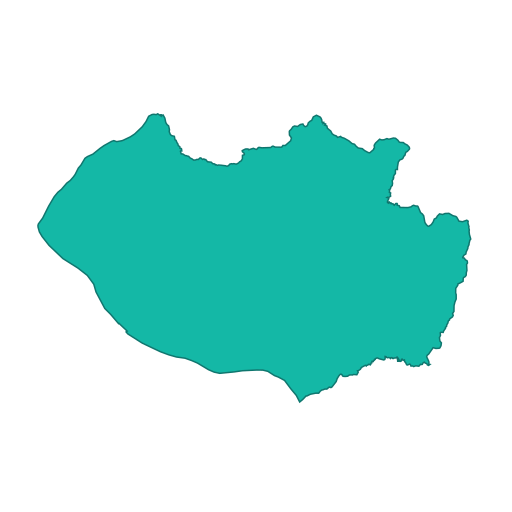 outline of El Guamo, Bolívar, Colombia, rotated 176°
{"feature_id": "7082276B46514766114019", "entity_name": "El Guamo", "entity_type": "district", "adm_level": 2, "iso_a3": "COL", "parent_name": "Colombia", "parent_adm1": "Bolívar", "projection": "albers", "projection_center": [-74.975, 10.036], "detail": "fine", "context": "isolated", "style": "filled", "palette": "teal", "viewbox_px": 512, "rotation_deg": 176, "n_neighbors": 0, "source": "geoboundaries", "source_scale": "gbopen_adm2", "svg_char_len": 6052}
<svg xmlns="http://www.w3.org/2000/svg" viewBox="0 0 512 512"><g transform="rotate(176 256 256)"><path d="M90.1,135.7L91.2,136.0L90.9,137.9L91.1,139.1L92.8,143.5L92.2,145.0L90.6,146.1L85.7,152.2L83.0,151.2L79.7,151.2L79.0,151.5L77.7,153.6L77.1,156.4L78.5,158.4L78.7,161.8L77.5,163.9L77.6,166.5L76.9,167.0L74.6,166.7L74.0,168.2L72.0,170.6L72.0,171.6L70.8,172.5L70.5,174.1L69.3,175.7L68.7,177.8L67.5,178.6L67.2,179.7L64.3,181.5L63.4,183.0L63.9,184.9L62.4,186.9L61.9,192.7L60.7,196.4L59.3,199.1L59.0,203.5L59.4,205.2L59.0,209.8L56.8,212.7L56.3,214.3L55.1,214.5L51.2,216.3L50.8,219.4L50.4,220.0L48.6,220.9L47.6,222.3L47.4,224.6L46.6,226.9L46.5,232.9L45.5,234.3L45.6,236.0L45.9,236.7L47.3,237.5L48.4,239.4L49.8,239.8L49.9,240.3L48.5,242.3L46.5,243.4L46.1,245.3L44.2,248.7L43.9,250.4L42.7,252.4L42.7,253.2L41.6,256.7L40.6,257.9L41.6,262.6L41.7,265.8L41.4,267.1L41.8,269.6L41.5,270.3L42.3,274.1L41.9,275.9L43.2,277.0L47.6,275.8L51.1,276.6L53.0,280.6L53.9,281.5L56.8,282.5L60.6,285.1L64.5,285.2L66.9,284.4L70.0,285.2L72.4,283.1L73.4,281.4L75.6,280.4L76.9,277.6L78.9,275.1L81.6,273.6L82.6,273.9L83.9,275.4L85.2,277.7L85.9,284.4L87.1,286.3L88.8,287.8L91.0,294.2L91.8,294.7L92.9,294.6L95.2,295.6L96.5,295.2L97.9,294.2L101.1,293.7L108.9,294.4L109.6,296.2L111.6,296.8L111.4,298.1L111.7,298.6L112.9,298.6L114.6,297.0L115.7,298.5L116.8,298.6L117.1,299.1L117.7,298.9L117.9,299.6L118.6,299.6L119.4,300.7L119.8,300.6L120.1,299.5L121.1,300.2L121.0,301.5L119.5,304.0L119.7,304.6L121.2,305.2L120.6,305.5L119.4,305.2L117.5,306.3L117.7,307.9L117.3,309.5L118.5,310.2L118.1,311.8L118.6,312.8L117.3,313.5L116.5,315.7L115.2,316.8L114.7,319.0L114.9,321.6L113.5,323.4L113.7,324.3L113.2,324.5L113.2,325.7L112.7,326.9L111.2,328.5L110.9,332.0L110.2,332.6L108.9,332.4L108.7,334.8L107.5,339.8L105.7,341.9L103.7,342.4L102.7,343.1L101.5,345.3L100.5,345.9L99.6,348.4L98.9,349.3L97.8,349.7L95.5,351.9L95.3,352.5L95.5,353.8L97.3,356.1L99.8,357.6L101.1,358.9L104.5,359.3L105.2,359.7L106.4,361.6L108.6,363.7L110.7,364.1L115.3,363.2L117.2,364.0L120.0,363.1L121.6,363.0L122.8,363.1L124.5,363.9L128.9,360.3L130.0,358.8L130.4,358.1L130.3,355.6L131.0,355.0L131.2,354.1L135.3,351.0L136.9,351.4L140.3,353.6L142.5,355.7L146.5,356.6L148.7,358.8L149.9,360.6L152.4,361.5L155.2,364.3L159.7,367.3L162.6,368.5L163.2,369.4L166.3,368.6L167.4,370.1L169.8,371.2L171.5,372.6L172.7,375.4L175.9,378.5L176.2,380.8L178.3,381.7L177.3,382.7L178.8,383.7L179.8,383.5L179.3,384.6L180.7,384.7L181.0,387.6L181.8,389.5L182.5,390.3L185.9,392.2L189.1,390.8L191.0,387.4L192.6,386.7L194.6,385.1L195.2,383.3L196.3,382.0L197.8,381.6L198.4,381.9L199.4,383.0L200.0,384.4L202.6,384.1L205.5,382.3L208.5,383.0L210.2,382.3L212.2,379.8L213.8,378.5L214.1,377.8L214.2,374.3L212.4,371.3L213.4,368.5L219.1,364.2L221.4,364.4L222.7,362.9L223.5,362.8L229.3,363.3L231.3,364.4L232.1,364.3L233.8,363.2L242.5,363.5L245.5,364.2L246.5,363.7L247.8,362.4L248.4,362.3L251.1,363.6L255.9,362.5L256.4,363.3L258.7,363.5L259.8,363.2L262.4,362.1L262.3,361.0L260.7,359.4L260.5,358.3L260.8,357.8L262.5,357.4L262.8,353.8L264.2,351.9L265.8,351.1L266.9,350.0L269.3,349.0L271.7,349.7L273.0,349.5L273.9,349.8L275.7,349.5L277.1,348.1L278.7,347.5L279.9,348.1L284.5,349.0L287.1,349.4L288.1,349.1L289.4,349.8L290.2,349.7L290.7,350.7L292.7,351.1L294.1,352.7L297.8,353.4L299.4,355.7L300.6,355.8L301.2,356.5L302.5,356.0L304.2,357.7L305.1,357.7L306.8,356.3L308.3,356.5L309.6,356.0L311.5,356.0L313.1,357.4L314.8,358.3L316.3,360.2L317.0,360.2L318.2,360.9L319.6,361.1L321.9,362.9L323.5,363.1L324.1,365.8L323.8,366.1L322.7,366.0L322.8,368.0L323.2,368.5L324.3,368.7L324.4,370.4L325.8,371.5L326.2,373.5L326.9,374.5L327.7,377.0L328.7,377.6L329.1,381.1L331.9,382.0L333.0,383.3L333.9,386.1L333.5,388.0L334.1,391.9L335.6,393.3L336.7,395.5L337.3,399.9L338.7,402.9L339.1,402.5L340.1,403.4L341.1,403.5L341.0,402.3L344.1,404.7L345.7,404.0L348.0,404.5L349.8,404.4L353.3,402.9L356.3,397.8L360.4,392.9L368.5,386.2L372.9,383.7L380.5,380.7L382.1,380.3L387.0,379.8L389.8,381.0L392.1,380.4L399.8,376.8L404.0,374.3L411.6,369.0L417.3,366.9L419.8,365.4L424.3,358.9L427.1,356.1L430.7,350.0L432.6,347.7L436.0,344.3L439.7,341.9L445.4,336.1L449.2,333.4L453.1,329.3L459.3,320.3L466.1,308.8L470.9,303.1L471.4,301.6L471.4,300.0L470.4,295.1L468.0,290.3L461.7,281.0L448.8,266.9L434.5,256.4L425.6,248.4L419.8,239.2L418.1,231.3L410.5,214.2L405.2,208.1L397.8,198.1L397.4,198.4L389.7,190.0L390.9,189.3L389.3,187.2L375.5,177.0L358.1,167.2L349.9,163.5L342.4,160.8L333.9,159.0L327.5,156.2L321.9,153.3L311.3,145.9L305.9,143.1L300.4,141.5L285.8,141.9L277.6,142.5L263.2,142.2L257.2,141.7L252.2,140.1L245.9,135.4L242.2,133.7L236.2,129.9L230.4,120.9L225.5,114.1L222.6,107.3L219.5,109.5L215.8,112.9L215.0,112.8L211.4,114.3L205.9,115.0L203.0,114.8L201.3,116.7L199.7,117.7L198.6,117.8L196.6,118.5L194.6,118.3L192.3,120.0L191.6,120.1L190.9,119.6L190.1,119.6L189.3,120.1L184.8,125.1L183.6,128.0L181.6,130.8L180.2,132.1L179.5,132.2L178.7,131.8L178.0,130.3L177.4,129.9L175.5,129.6L172.9,129.7L171.3,130.7L170.3,130.8L168.0,130.6L166.9,131.0L163.7,130.5L162.2,132.8L162.7,134.4L162.1,134.3L159.7,135.8L159.1,137.0L158.5,137.2L158.2,137.7L154.6,139.3L153.7,138.6L153.4,139.1L151.8,139.5L151.4,140.1L150.2,140.0L149.7,139.4L149.0,140.1L148.8,141.1L147.8,141.4L147.7,142.8L147.0,142.9L146.4,142.6L146.0,143.3L145.3,143.7L145.1,144.5L144.3,144.5L144.1,145.3L142.6,145.8L141.9,145.8L140.1,144.8L135.8,143.4L134.9,143.7L134.4,144.4L134.2,146.8L133.2,146.5L132.9,145.8L132.0,145.3L130.7,145.5L129.5,145.0L129.1,144.5L128.8,145.1L127.7,145.2L126.9,144.8L127.1,144.4L126.4,144.1L124.7,144.7L123.5,144.5L122.6,145.3L122.1,145.3L121.3,144.0L122.1,143.8L122.1,143.0L120.8,142.6L121.3,141.7L122.0,141.7L122.0,141.1L120.6,141.0L120.2,141.6L119.5,140.8L118.9,140.9L118.4,141.2L118.1,142.6L117.5,143.0L116.6,141.7L115.2,142.0L115.1,140.2L114.3,139.5L113.3,137.0L112.4,136.7L110.2,137.5L109.6,137.0L109.1,135.4L107.4,135.4L106.4,134.7L104.3,135.3L101.2,134.7L99.4,136.5L98.8,136.2L97.6,136.3L97.1,137.4L95.6,138.4L94.7,137.4L93.5,136.9L93.0,136.5L92.7,135.5L91.5,134.8L90.1,135.7Z" fill="#14b8a6" stroke="#0f766e" stroke-width="1.5"/></g></svg>